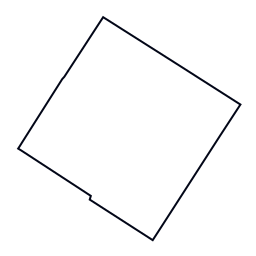 Blackford, Indiana, United States of America (Albers equal-area conic projection), rotated 123°
{"feature_id": "52423323B73366349077261", "entity_name": "Blackford", "entity_type": "district", "adm_level": 2, "iso_a3": "USA", "parent_name": "United States of America", "parent_adm1": "Indiana", "projection": "albers", "projection_center": [-85.31, 40.473], "detail": "fine", "context": "isolated", "style": "outline", "palette": "ink", "viewbox_px": 256, "rotation_deg": 123, "n_neighbors": 0, "source": "geoboundaries", "source_scale": "gbopen_adm2", "svg_char_len": 347}
<svg xmlns="http://www.w3.org/2000/svg" viewBox="0 0 256 256"><g transform="rotate(123 128 128)"><path d="M47.1,46.5L47.7,122.3L48.6,208.9L48.6,209.2L119.7,209.3L122.8,209.8L196.5,209.0L202.0,208.9L205.1,208.9L205.0,205.7L205.2,122.2L208.9,121.1L208.6,46.2L195.6,46.2L84.2,46.6L47.1,46.5Z" fill="none" stroke="#020617" stroke-width="2"/></g></svg>